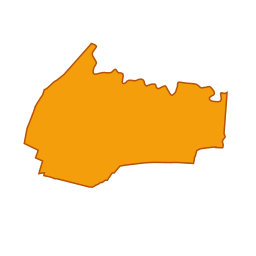 Vladesti, Galati, Romania, rotated 287°
{"feature_id": "2599482B37286329555394", "entity_name": "Vladesti", "entity_type": "district", "adm_level": 2, "iso_a3": "ROU", "parent_name": "Romania", "parent_adm1": "Galati", "projection": "mercator", "projection_center": [28.094, 45.834], "detail": "fine", "context": "isolated", "style": "filled", "palette": "amber", "viewbox_px": 256, "rotation_deg": 287, "n_neighbors": 0, "source": "geoboundaries", "source_scale": "gbopen_adm2", "svg_char_len": 5219}
<svg xmlns="http://www.w3.org/2000/svg" viewBox="0 0 256 256"><g transform="rotate(287 128 128)"><path d="M191.0,212.3L190.9,212.2L190.5,211.9L190.2,211.6L189.5,210.6L189.4,210.2L189.2,209.6L189.2,209.1L189.1,208.4L189.0,207.2L188.8,206.7L188.2,206.5L187.6,206.6L186.6,207.1L185.6,207.6L184.7,208.0L183.6,208.5L182.5,208.8L181.1,208.6L180.3,208.0L180.1,207.5L179.7,207.0L179.3,206.1L179.2,205.4L178.9,204.3L178.7,203.2L178.5,202.1L178.3,200.9L178.3,199.8L178.4,199.2L178.8,198.2L179.2,197.7L179.6,197.4L180.1,197.2L180.7,197.1L181.2,197.3L182.2,197.9L183.0,198.5L183.8,199.3L184.6,200.1L185.1,200.3L185.6,200.5L186.1,200.5L186.8,200.4L187.3,200.1L187.7,199.8L188.5,199.1L189.2,198.2L190.2,196.8L190.7,195.9L191.0,195.4L191.4,194.4L191.4,193.8L191.2,193.1L191.0,192.7L190.9,192.3L190.2,191.4L189.9,190.9L189.4,189.9L189.0,188.9L188.5,187.9L188.0,187.0L187.8,186.4L187.9,185.9L188.0,185.3L188.2,184.8L188.7,183.8L189.2,182.8L189.4,182.2L189.6,181.1L189.7,180.6L189.7,180.0L189.6,178.9L189.6,178.3L189.5,177.8L189.3,176.7L189.1,175.7L188.8,174.6L188.6,173.5L188.1,171.4L187.8,169.8L187.7,168.7L187.6,168.2L187.3,166.5L187.2,165.6L187.0,164.6L186.8,163.6L186.3,162.7L185.8,162.5L185.4,162.5L184.8,162.5L183.8,162.7L182.8,163.0L181.8,163.1L180.7,163.1L180.2,163.0L179.2,163.0L178.1,163.0L177.0,163.1L176.6,162.9L175.6,162.7L175.1,162.5L174.1,162.0L173.3,161.5L172.9,161.2L172.3,160.6L172.2,159.8L172.3,159.3L172.6,158.8L172.9,158.4L173.5,157.6L173.9,157.3L174.3,156.9L175.0,156.1L176.7,154.2L177.5,153.5L178.5,152.4L178.8,152.0L179.1,151.5L179.1,151.1L178.9,150.6L178.6,150.2L178.0,149.4L177.3,148.6L176.6,147.9L175.1,146.4L174.8,146.0L174.6,145.5L174.4,145.0L174.7,144.0L175.3,143.2L175.7,142.8L176.2,142.5L177.5,141.7L177.7,141.3L177.7,140.8L177.5,139.7L177.2,138.8L177.0,138.3L176.8,137.8L176.3,136.9L175.7,136.1L175.0,135.2L174.4,134.5L173.8,133.6L173.8,132.6L174.3,131.7L175.0,131.0L175.5,130.7L176.4,130.2L177.3,129.7L177.7,129.3L178.1,128.9L178.4,128.4L178.4,127.9L178.6,127.3L178.6,126.2L178.3,125.7L177.7,124.2L177.4,123.8L177.0,123.3L176.3,122.6L175.6,121.7L175.4,121.2L175.2,120.6L174.9,119.6L174.8,118.5L174.6,117.3L174.4,116.8L174.2,115.8L174.0,115.3L173.8,114.8L173.4,114.4L172.7,113.6L172.2,113.2L171.7,113.1L171.2,112.9L170.8,112.6L169.9,111.9L169.2,110.7L169.2,110.4L169.3,109.8L169.6,109.3L170.1,109.1L170.7,109.0L171.8,108.9L173.9,108.5L176.1,108.3L177.6,107.7L178.1,107.3L178.3,106.8L178.5,106.3L178.6,105.3L178.5,104.8L178.3,104.2L178.1,103.2L178.3,102.1L178.6,101.6L178.9,101.1L179.6,100.3L180.3,99.4L180.5,98.9L180.3,98.5L180.0,98.1L179.5,97.7L178.6,97.2L177.6,96.6L176.7,96.1L176.2,95.7L175.6,94.7L175.2,93.7L174.6,91.5L174.2,89.5L174.1,89.0L173.8,88.2L173.4,87.3L172.9,86.4L172.4,85.4L171.7,84.2L171.0,83.1L170.4,82.1L169.9,81.3L169.8,80.7L169.7,80.2L169.9,79.7L170.2,79.1L170.6,78.7L171.0,78.4L171.8,78.1L172.8,78.0L173.9,77.8L174.6,77.8L175.7,77.8L176.7,78.0L177.7,78.2L178.7,78.5L180.0,78.7L180.4,78.8L180.9,78.7L181.4,78.5L181.9,78.2L182.5,77.7L183.1,77.1L183.6,76.5L183.9,76.2L184.8,75.1L185.5,74.4L186.2,73.7L186.9,73.0L187.4,72.7L188.0,72.4L188.5,72.2L189.2,72.1L189.9,72.1L190.6,72.2L191.1,72.4L191.6,72.6L192.1,72.7L192.6,72.8L193.4,73.1L194.0,73.3L194.5,73.5L195.5,73.8L196.5,74.0L197.0,73.8L197.3,73.4L197.5,72.9L197.7,72.4L197.9,71.9L197.9,71.4L198.0,70.4L198.1,69.4L198.1,68.2L197.6,68.1L196.7,67.7L194.8,66.9L185.7,62.7L176.9,58.7L169.7,55.4L160.4,51.1L158.5,49.8L153.2,46.2L150.4,43.7L148.7,42.7L147.0,41.8L143.0,39.4L141.0,37.9L140.2,36.7L136.2,36.7L134.4,36.6L130.6,35.4L130.1,35.3L128.4,34.8L125.2,33.9L122.6,33.3L121.4,33.1L120.9,32.9L120.8,33.1L120.5,33.1L117.0,33.0L116.1,33.0L99.3,31.7L98.5,31.6L97.4,31.7L96.3,31.8L92.3,32.2L89.1,32.6L85.6,33.0L83.8,33.2L82.9,33.3L82.8,33.8L82.7,34.9L82.1,38.4L80.5,48.6L78.1,48.6L77.2,48.6L74.8,48.4L72.4,48.3L71.5,56.0L65.8,56.0L63.1,56.0L58.3,56.1L59.5,58.3L60.7,61.2L59.8,61.3L59.2,61.3L58.5,61.4L57.9,61.4L58.0,63.0L58.1,64.3L58.2,64.9L58.3,66.7L58.4,69.7L58.3,70.9L58.1,72.7L58.2,73.3L58.5,73.8L58.6,74.2L58.9,78.9L59.1,83.5L60.2,106.2L60.2,108.0L60.4,108.5L61.1,111.4L63.3,113.5L63.8,113.9L64.7,114.9L65.6,116.0L66.8,116.9L67.9,117.7L68.2,119.1L68.7,119.5L69.3,120.0L69.6,120.2L71.5,121.6L72.0,123.5L72.5,123.7L73.3,123.9L74.1,124.1L74.9,124.3L79.5,125.8L80.5,126.1L80.8,127.8L82.4,128.5L89.2,131.4L91.4,135.7L92.2,137.4L93.0,139.2L99.4,153.7L102.7,162.7L103.4,165.1L106.5,175.8L107.7,179.9L108.0,180.5L109.1,184.0L110.5,189.4L110.6,189.9L110.8,190.8L112.0,195.9L112.4,197.4L112.6,198.0L113.2,201.0L114.6,200.9L115.8,200.8L117.2,200.7L117.6,200.6L118.0,200.4L118.7,200.3L118.9,200.3L119.3,200.3L120.3,200.6L126.4,200.4L126.6,200.4L129.3,203.3L130.3,205.5L131.1,207.2L132.1,209.4L132.5,210.4L133.0,211.5L134.3,214.4L135.5,217.5L135.0,217.6L135.6,220.1L135.7,220.6L136.8,224.2L136.9,224.4L138.5,224.2L139.7,224.0L140.2,223.7L141.1,223.2L142.1,222.5L142.2,222.4L142.5,222.2L142.7,222.3L142.8,222.3L143.2,222.3L143.4,222.2L143.6,222.2L143.8,222.3L144.2,222.3L144.5,222.4L144.9,222.5L147.6,223.5L147.9,223.5L148.4,223.3L150.1,221.9L150.7,221.6L151.4,221.3L163.0,218.7L172.5,216.5L174.9,216.0L182.7,214.2L183.8,214.0L188.0,213.0L189.3,212.7L190.0,212.6L190.3,212.5L191.0,212.3Z" fill="#f59e0b" stroke="#b45309" stroke-width="1.5"/></g></svg>